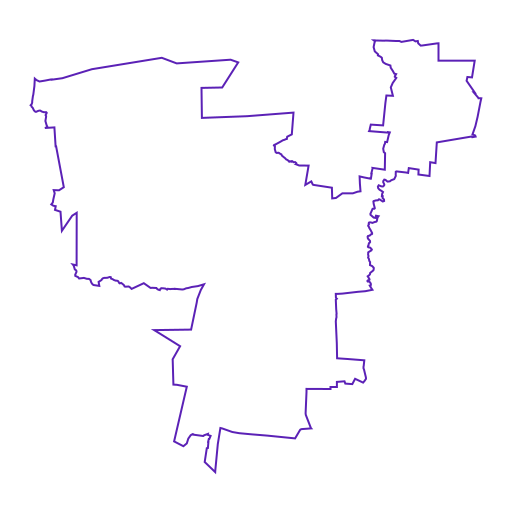 Rincón de Romos, Aguascalientes, Mexico (Albers equal-area conic projection)
{"feature_id": "50627088B44268197461016", "entity_name": "Rincón de Romos", "entity_type": "district", "adm_level": 2, "iso_a3": "MEX", "parent_name": "Mexico", "parent_adm1": "Aguascalientes", "projection": "albers", "projection_center": [-102.306, 22.248], "detail": "fine", "context": "isolated", "style": "outline", "palette": "violet", "viewbox_px": 512, "rotation_deg": 0, "n_neighbors": 0, "source": "geoboundaries", "source_scale": "gbopen_adm2", "svg_char_len": 5977}
<svg xmlns="http://www.w3.org/2000/svg" viewBox="0 0 512 512"><path d="M215.2,472.1L215.3,470.4L217.8,444.1L220.4,428.0L222.1,428.4L232.3,432.0L239.3,433.2L251.2,434.3L267.2,435.6L295.1,438.4L300.1,429.9L300.5,429.5L301.7,429.1L311.2,428.4L310.7,427.8L310.6,427.3L305.8,414.9L305.6,413.3L306.5,392.0L306.5,388.9L330.5,389.0L330.5,387.0L336.9,387.0L336.9,381.9L344.5,381.3L345.3,383.6L352.3,384.1L355.1,378.8L363.1,382.6L364.5,381.0L366.0,378.8L365.9,377.4L364.0,369.5L363.5,368.3L363.5,366.7L363.7,365.9L364.3,360.3L347.6,359.0L337.1,358.3L336.8,343.1L335.8,321.4L336.1,318.8L336.5,317.2L336.4,314.2L336.6,313.9L336.2,309.3L335.8,299.7L336.8,298.7L336.2,298.2L335.9,297.4L335.8,293.9L337.4,293.9L342.4,293.6L358.0,291.8L365.3,291.2L372.4,289.8L371.1,287.9L369.8,285.6L370.7,285.4L370.9,284.2L370.7,283.4L369.8,282.1L368.8,281.5L367.7,281.5L367.4,281.0L368.0,280.3L369.0,280.1L369.5,279.7L369.5,279.2L367.7,276.3L369.2,275.2L369.9,274.4L370.2,272.9L372.6,271.0L373.4,270.3L373.6,269.6L373.8,268.0L373.6,267.6L372.2,266.1L370.0,265.1L370.1,262.1L369.3,260.9L368.9,258.9L368.1,257.6L368.5,256.0L368.1,254.7L368.2,253.4L368.2,252.4L368.5,252.1L371.4,250.4L371.8,249.4L371.2,248.9L370.5,247.9L370.0,247.6L368.4,247.3L367.9,246.8L368.0,246.1L368.6,245.1L368.6,244.3L369.0,243.3L369.1,243.0L369.8,242.6L370.1,242.1L370.0,240.9L367.9,238.5L367.6,236.7L368.0,236.0L369.7,235.6L370.9,234.4L371.8,234.2L372.1,233.9L372.1,233.0L370.6,230.1L369.4,228.2L368.9,226.9L368.2,225.9L368.2,225.4L368.9,224.4L368.7,223.3L368.9,222.7L369.1,222.5L369.6,222.4L370.8,222.4L372.4,222.9L374.7,222.0L376.0,221.8L376.6,221.4L376.8,221.0L377.5,217.6L378.5,216.2L376.0,215.7L375.4,217.9L373.7,217.6L370.5,214.8L370.4,213.8L372.6,208.8L374.4,208.7L374.8,208.2L373.7,203.9L373.4,201.4L373.6,201.1L375.9,200.4L377.9,200.3L378.9,199.3L379.6,199.4L382.8,201.5L384.1,201.0L384.0,199.5L382.6,198.0L382.7,196.2L381.9,196.2L382.1,194.0L383.0,192.0L381.5,190.9L379.5,189.7L378.2,188.2L378.1,187.8L377.9,186.6L378.7,185.3L381.2,186.3L382.7,186.5L383.3,186.3L384.2,185.2L384.3,184.5L383.9,183.5L383.2,182.2L383.3,181.0L384.3,179.6L385.5,179.9L387.1,181.3L387.6,181.6L389.9,181.3L391.3,180.2L394.0,179.2L394.3,179.0L395.8,175.9L395.7,174.6L395.8,171.7L396.5,171.4L406.0,172.5L408.1,172.9L408.8,168.1L418.6,169.6L418.4,174.5L429.5,176.0L430.2,162.2L435.5,163.1L436.8,142.4L471.7,136.5L472.2,137.2L475.6,136.6L475.2,135.5L472.5,134.4L475.4,126.1L477.6,116.8L480.5,101.8L481.3,98.3L480.0,98.2L478.5,98.3L478.3,97.8L473.8,92.5L474.8,92.6L466.6,80.8L467.4,77.0L472.0,77.4L474.7,60.7L438.5,60.7L438.5,43.3L436.9,43.4L422.2,45.5L420.7,45.6L418.2,43.3L417.8,41.0L415.5,41.4L413.1,39.9L401.4,41.9L399.4,41.0L396.0,41.0L386.9,40.6L385.0,40.6L384.6,40.7L375.5,40.5L375.0,40.3L373.7,40.3L375.0,41.3L374.5,42.7L373.6,47.1L374.8,51.4L378.1,54.3L377.9,55.4L380.5,56.7L381.8,57.7L382.2,60.2L383.2,62.3L385.7,63.9L390.4,65.5L390.7,67.7L392.8,70.9L394.3,73.6L396.1,74.1L394.8,76.3L394.8,76.8L396.3,77.9L392.7,83.0L390.8,87.4L392.9,95.8L386.4,95.5L385.4,102.9L383.1,125.4L370.8,124.6L369.8,128.7L369.7,129.8L369.1,131.1L387.8,132.6L387.9,132.1L389.8,132.4L388.7,135.2L387.1,142.1L385.2,141.9L384.9,143.8L384.3,144.7L383.2,148.7L383.8,152.1L385.1,153.2L384.8,169.7L372.5,167.9L372.6,168.3L371.3,173.5L371.7,173.6L370.9,178.6L370.0,178.4L370.0,178.6L363.9,177.4L359.6,176.4L359.9,183.6L360.5,191.3L357.6,191.7L352.9,193.3L342.4,193.3L335.9,198.0L332.2,198.4L331.9,187.7L313.5,184.9L312.8,184.6L311.3,181.4L305.3,184.9L308.6,165.6L299.2,165.5L296.1,164.3L296.5,164.1L296.3,163.1L295.1,162.1L293.4,162.2L292.5,161.3L292.2,161.4L291.8,161.1L291.2,161.3L291.0,161.7L289.9,161.2L289.2,161.7L288.1,160.5L287.5,160.0L286.3,159.5L285.7,158.9L285.1,158.2L284.2,157.5L281.9,155.6L281.4,154.4L279.3,153.3L279.1,153.0L278.2,152.7L276.9,153.0L275.7,152.3L274.8,149.1L274.9,146.2L273.9,145.5L274.1,145.0L275.9,144.2L280.3,141.8L282.8,140.3L284.5,139.8L285.9,139.1L286.8,139.0L287.2,136.7L291.8,134.4L293.5,112.6L247.0,116.2L201.9,117.9L201.5,87.9L222.2,87.5L238.2,62.4L230.6,59.7L176.7,63.4L161.8,57.8L91.9,69.2L62.4,78.2L51.7,79.7L51.7,79.4L50.6,79.5L45.0,80.6L39.5,81.5L36.5,80.1L34.8,78.6L34.4,86.1L33.3,94.6L32.9,96.2L32.2,101.2L32.2,102.4L31.8,103.9L30.7,105.2L31.3,105.6L31.6,106.7L32.7,107.8L33.9,110.3L34.9,111.4L35.6,111.8L36.2,111.8L37.9,111.0L39.3,110.6L40.3,110.6L41.7,111.5L42.5,111.8L43.9,112.2L46.2,112.2L46.7,112.8L46.5,113.5L45.8,114.5L45.6,115.2L46.1,116.0L46.1,116.7L45.4,121.0L46.6,125.2L47.3,126.6L46.8,127.5L46.2,127.5L44.9,128.0L54.4,127.4L55.6,146.3L56.1,146.3L63.8,187.2L59.0,190.3L53.7,190.1L54.7,193.3L53.3,199.5L52.8,202.5L51.3,204.4L53.3,205.7L55.7,206.2L55.0,209.9L60.5,211.7L61.9,230.8L72.2,215.7L76.7,212.8L76.6,265.3L72.8,264.5L73.7,265.6L74.8,269.4L76.1,270.3L76.4,270.9L76.5,271.8L75.2,274.8L75.3,275.9L78.0,277.1L79.1,278.5L83.9,277.9L86.8,278.8L89.0,278.9L90.5,280.0L90.7,280.6L91.0,281.8L91.5,282.8L92.1,283.8L93.4,285.0L99.3,285.9L98.6,281.9L101.4,280.1L102.1,279.0L102.9,278.3L104.2,277.9L107.2,277.8L109.7,277.0L110.7,277.1L111.1,278.6L112.7,279.2L113.9,280.0L115.9,280.7L117.0,280.7L117.9,281.0L118.3,281.4L119.2,283.0L119.8,283.4L121.1,282.9L122.0,283.5L123.9,285.1L124.6,286.5L125.5,286.7L128.7,286.5L130.1,287.4L131.6,288.9L143.8,283.2L150.5,287.9L152.5,287.8L156.4,288.0L157.0,288.8L158.3,289.7L159.8,290.1L160.0,289.3L160.7,288.9L161.2,288.2L163.2,288.3L165.5,288.6L167.1,289.6L167.8,288.8L170.2,289.1L172.3,288.9L174.8,289.0L174.8,288.8L182.4,289.5L183.8,289.3L186.2,288.3L188.2,288.0L191.7,287.0L197.9,286.1L204.0,284.3L200.8,290.0L197.3,299.0L196.7,302.7L191.1,329.6L154.2,330.1L180.1,346.2L172.7,359.2L172.7,359.6L172.4,359.3L172.7,359.9L173.4,384.6L176.9,384.8L186.8,386.7L174.1,441.4L183.4,446.2L186.8,443.4L188.3,438.6L190.7,435.2L192.6,434.1L193.0,434.2L192.9,434.6L203.2,436.0L203.6,435.8L204.0,435.3L207.9,433.9L207.7,434.8L210.6,435.9L209.3,439.0L208.8,439.0L208.1,441.9L208.1,442.0L208.4,442.0L207.9,448.0L206.8,448.2L204.7,462.0L215.2,472.1Z" fill="none" stroke="#5b21b6" stroke-width="2"/></svg>